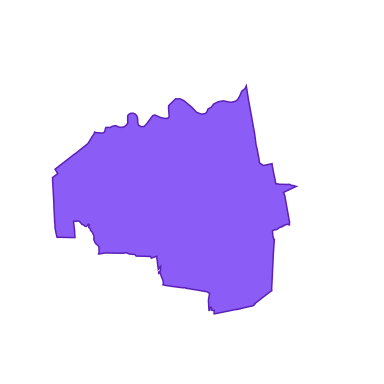 Costestii Din Vale, Dâmbovita, Romania (Albers equal-area conic projection), rotated 127°
{"feature_id": "2599482B66732417468011", "entity_name": "Costestii Din Vale", "entity_type": "district", "adm_level": 2, "iso_a3": "ROU", "parent_name": "Romania", "parent_adm1": "Dâmbovita", "projection": "albers", "projection_center": [25.499, 44.642], "detail": "fine", "context": "isolated", "style": "filled", "palette": "violet", "viewbox_px": 384, "rotation_deg": 127, "n_neighbors": 0, "source": "geoboundaries", "source_scale": "gbopen_adm2", "svg_char_len": 5500}
<svg xmlns="http://www.w3.org/2000/svg" viewBox="0 0 384 384"><g transform="rotate(127 192 192)"><path d="M298.8,258.0L296.4,260.1L295.1,261.3L293.6,262.4L292.1,263.9L290.3,265.6L289.7,266.3L289.1,266.7L288.5,267.4L287.4,268.3L286.9,268.7L286.4,268.9L286.3,268.7L285.8,267.9L285.0,266.8L284.5,266.3L283.9,265.9L283.5,265.0L283.3,263.9L283.5,263.2L283.6,262.9L283.7,262.0L283.9,261.4L284.1,260.8L283.9,259.9L283.7,259.1L283.6,258.6L283.7,257.3L283.6,256.5L283.4,256.0L282.8,255.5L282.3,255.4L280.1,255.5L279.8,254.3L280.5,254.1L282.1,253.5L282.5,253.1L282.4,251.7L282.8,250.9L283.6,250.0L283.9,249.1L284.1,247.6L284.4,247.0L285.6,244.7L286.0,244.0L287.1,243.1L289.0,241.8L289.7,240.8L290.5,239.3L291.0,238.2L291.2,236.9L291.3,235.8L291.4,234.6L291.6,233.9L291.9,233.3L292.7,232.6L293.7,231.8L294.9,230.9L295.9,230.1L296.8,229.7L297.7,229.3L297.4,228.9L296.5,228.0L294.8,226.4L293.1,224.8L292.0,223.4L290.0,220.6L287.3,216.9L284.8,213.5L283.7,212.0L282.4,210.2L282.2,210.0L279.9,207.7L279.4,205.1L278.5,203.5L278.4,203.3L278.1,202.9L277.8,202.2L276.8,201.0L276.7,200.8L276.5,200.2L276.4,199.8L276.4,199.3L276.8,198.0L274.3,194.6L272.1,191.5L270.4,189.0L268.4,186.3L269.3,184.7L265.1,181.9L264.6,181.6L265.8,180.4L266.5,179.8L266.9,179.4L267.7,178.5L268.1,178.1L268.8,177.5L269.3,177.0L269.9,176.4L271.3,175.1L272.1,174.3L272.8,173.6L274.1,172.4L272.4,172.4L271.6,172.4L270.2,172.3L272.0,171.1L274.2,169.8L276.1,170.5L277.0,169.6L275.5,169.0L276.5,167.8L277.0,166.9L278.0,165.5L280.1,161.9L281.8,160.3L282.7,159.6L283.1,159.5L283.6,159.3L283.3,158.8L283.3,158.7L282.7,157.3L281.6,155.1L280.0,152.3L279.9,152.0L277.2,147.3L274.3,142.1L272.4,139.6L272.5,139.4L272.6,139.2L272.5,138.9L272.2,138.3L271.2,136.5L269.8,133.8L267.7,129.7L267.2,129.1L266.6,127.6L265.7,125.9L264.9,124.3L264.1,122.7L263.6,121.8L263.3,121.2L263.0,120.7L262.7,120.0L262.6,119.6L262.6,118.9L262.6,118.4L262.6,117.9L262.4,117.5L262.2,117.1L262.8,116.8L263.6,116.3L264.0,116.1L264.5,115.9L266.4,114.9L267.2,114.6L267.6,114.3L267.9,114.1L268.7,113.6L269.8,112.8L270.5,112.1L271.4,111.4L271.9,111.0L272.5,110.4L273.1,110.0L273.4,109.7L273.8,109.4L276.3,107.2L276.0,106.7L275.5,106.7L275.1,106.9L274.1,107.7L273.3,108.2L272.9,108.1L272.5,107.6L272.6,107.3L273.1,106.4L273.2,106.2L273.2,105.9L274.0,105.6L274.5,105.3L274.5,104.9L274.1,104.0L273.7,103.3L273.2,103.0L273.9,102.4L274.5,102.1L276.0,101.1L275.9,100.8L265.6,91.7L265.4,91.5L265.0,91.1L264.8,91.0L262.1,88.6L259.0,85.9L258.3,85.3L258.1,85.1L258.4,85.1L257.4,84.2L256.3,83.2L256.1,83.4L254.4,81.8L253.9,81.4L248.1,76.5L247.7,76.0L247.1,75.5L246.6,75.2L246.1,74.9L245.5,74.6L244.9,74.5L244.6,74.4L244.1,74.3L244.0,74.8L233.1,71.9L224.5,69.5L222.7,68.9L221.3,70.2L220.1,71.0L217.0,73.1L214.9,74.5L213.3,75.6L211.2,77.0L209.0,78.5L204.5,81.6L200.6,84.2L198.9,85.4L197.0,86.7L193.2,89.3L192.4,89.8L190.0,91.4L186.8,93.5L184.0,95.3L181.5,96.9L180.9,98.0L180.5,97.7L180.3,98.2L179.8,99.0L179.3,99.9L178.9,100.4L178.5,100.8L177.9,101.5L176.7,102.5L174.9,104.1L174.6,104.3L172.5,103.4L172.1,102.7L171.9,102.6L171.7,102.3L171.4,102.2L171.1,102.0L170.8,101.8L170.6,101.7L170.2,101.5L169.7,101.3L169.1,101.2L168.6,101.2L168.4,101.1L168.2,100.9L167.8,100.7L167.3,100.5L167.0,100.4L166.7,100.3L166.6,100.2L166.5,99.8L166.3,99.7L166.0,99.7L165.8,99.6L165.6,99.4L165.4,99.1L165.2,98.8L164.9,98.7L164.4,98.8L164.1,98.9L163.9,98.7L163.7,98.4L163.2,98.3L162.9,98.2L162.6,98.0L162.5,97.9L162.4,97.7L162.1,97.6L161.9,97.5L161.6,97.3L161.2,97.1L161.0,96.9L160.5,96.4L160.0,95.8L159.9,95.5L159.9,95.4L160.0,95.2L159.9,94.9L159.7,94.6L159.6,94.4L158.7,95.2L157.7,95.6L154.3,99.3L138.8,116.0L137.3,118.7L133.8,116.9L132.3,116.1L128.3,114.0L124.8,112.1L125.0,112.6L125.2,113.1L125.6,114.2L126.1,115.5L126.7,116.2L127.0,117.3L127.2,118.9L128.1,119.8L132.9,126.4L133.7,127.7L134.0,128.6L134.5,129.3L134.9,129.5L135.0,129.9L134.6,130.3L133.6,131.5L133.1,132.1L132.8,132.4L132.2,133.0L129.2,136.5L128.6,137.2L126.8,139.2L125.0,141.2L124.3,142.0L122.6,143.8L121.5,144.9L121.2,145.1L125.9,149.3L126.5,149.7L127.6,150.7L127.9,151.3L128.1,155.6L126.2,157.5L123.7,160.1L122.2,161.8L119.6,164.6L118.5,165.9L115.5,169.5L107.9,176.9L107.7,177.1L107.5,177.3L103.0,182.2L95.3,190.5L86.8,199.7L85.5,201.2L74.6,212.5L77.6,211.9L81.7,212.9L85.1,212.0L87.2,211.6L89.5,211.2L92.6,211.5L94.3,212.7L96.7,214.6L97.8,216.4L100.2,221.7L104.0,225.3L108.6,227.6L112.8,227.6L116.0,229.2L119.1,228.3L121.2,228.5L124.1,231.2L125.6,236.2L124.4,243.3L123.9,253.4L124.7,257.4L127.5,261.2L133.6,262.1L137.0,262.6L139.3,261.1L143.4,257.5L145.6,255.5L147.9,255.8L150.0,258.6L151.6,262.5L152.8,268.0L154.6,269.3L159.1,269.3L164.0,269.2L168.3,269.6L170.4,271.8L170.8,274.7L169.9,276.4L165.6,280.1L164.4,282.0L164.1,283.2L164.0,284.5L164.5,286.4L166.1,288.4L167.8,289.1L169.8,289.3L172.7,287.1L175.6,284.8L178.5,284.6L181.1,285.6L183.3,287.8L184.4,290.3L184.7,292.3L185.4,293.5L187.7,295.3L189.9,296.3L190.1,296.8L192.2,299.6L193.8,299.2L195.6,298.3L196.9,298.0L198.4,298.7L199.3,299.6L200.5,301.5L201.6,303.3L202.5,304.7L202.7,305.8L205.6,305.0L206.0,305.1L208.0,305.1L209.4,304.9L215.9,304.3L218.4,304.9L225.8,306.8L231.3,308.2L231.8,308.3L232.6,308.7L240.0,310.7L254.7,314.7L256.2,315.1L258.1,310.3L264.4,312.1L268.2,309.0L272.6,305.3L278.9,300.0L284.5,295.2L286.7,293.6L287.1,293.3L287.4,293.0L295.2,286.4L295.6,286.1L298.7,283.6L300.0,282.2L300.7,281.6L301.2,281.2L302.3,280.5L303.5,279.4L306.9,275.6L309.4,272.5L307.3,269.7L307.2,269.6L300.9,260.8L299.8,259.3L298.8,258.0Z" fill="#8b5cf6" stroke="#5b21b6" stroke-width="1.5"/></g></svg>